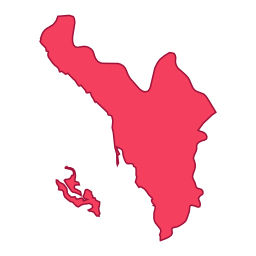 map outline of Jizan (Robinson projection)
{"feature_id": "SAU-887", "entity_name": "Jizan", "entity_type": "Region", "adm_level": 1, "iso_a3": "SAU", "parent_name": "Saudi Arabia", "parent_adm1": "", "projection": "robinson", "projection_center": [42.341, 17.347], "detail": "fine", "context": "isolated", "style": "filled", "palette": "rose", "viewbox_px": 256, "rotation_deg": 0, "n_neighbors": 0, "source": "natural_earth", "source_scale": "10m", "svg_char_len": 4171}
<svg xmlns="http://www.w3.org/2000/svg" viewBox="0 0 256 256"><path d="M200.3,204.4L200.3,204.6L199.7,206.7L198.0,207.1L193.9,205.7L191.4,205.2L190.1,205.8L189.6,207.4L189.5,209.8L189.1,212.0L186.5,219.6L185.2,221.6L183.1,223.4L178.7,226.2L177.2,226.8L173.3,227.6L172.2,228.1L171.8,229.6L172.1,231.4L172.2,233.3L171.3,235.1L168.8,237.1L165.2,238.8L160.4,240.6L160.3,240.3L160.3,236.1L159.6,235.0L160.9,231.2L160.3,229.0L155.4,222.9L154.3,220.3L153.9,218.1L154.0,213.0L155.2,208.1L155.1,206.0L153.3,205.5L154.0,204.6L152.8,203.4L151.8,201.6L151.5,200.0L152.6,199.1L152.0,198.0L149.2,195.2L148.5,194.4L147.2,192.3L144.9,189.4L144.2,188.8L141.0,186.9L140.0,186.7L138.9,187.4L135.4,182.1L136.8,177.0L136.1,175.2L136.1,169.5L135.7,167.5L134.7,166.8L133.7,166.3L133.3,164.8L132.5,163.8L130.7,163.6L128.6,163.7L127.2,163.6L125.9,162.4L124.9,160.5L123.7,157.3L123.2,155.6L122.7,151.6L122.2,150.0L121.3,149.1L116.8,147.0L117.1,149.0L117.8,150.8L119.5,154.1L117.5,155.5L118.5,163.0L117.4,165.2L116.9,162.8L116.8,154.8L116.4,152.5L115.0,148.0L113.3,132.3L112.6,129.6L112.2,127.5L112.8,121.8L112.6,119.3L111.9,116.7L111.2,115.7L110.3,115.2L109.2,115.2L108.4,114.9L107.9,114.4L107.8,113.4L107.1,112.0L96.3,101.8L95.4,101.5L95.1,102.1L94.4,101.1L93.3,98.7L91.3,95.6L90.8,93.6L90.3,92.7L89.6,92.4L87.3,92.9L86.3,92.6L85.8,91.2L85.3,90.2L81.0,85.2L80.8,85.4L80.2,85.7L79.4,86.0L78.9,86.0L77.9,84.9L74.8,80.1L73.8,79.5L67.8,73.3L65.7,74.3L61.9,71.4L59.6,71.8L58.7,68.8L56.9,66.8L54.7,65.2L52.7,63.1L48.5,57.1L47.9,55.2L48.0,53.7L48.3,52.4L48.2,51.5L46.9,51.2L46.1,50.8L46.0,50.0L46.1,49.0L45.9,48.1L41.7,43.9L40.1,41.5L41.0,39.3L40.5,38.6L42.3,33.7L43.4,31.8L45.0,29.9L46.9,28.4L53.1,24.7L54.9,22.6L56.1,20.9L57.9,16.3L69.3,15.4L73.2,16.6L74.2,18.4L74.6,20.5L74.8,22.8L72.6,36.7L72.5,39.3L72.7,42.0L73.6,45.1L75.3,46.8L77.2,47.4L83.9,46.4L86.1,46.6L88.4,47.3L91.1,49.0L92.6,50.8L93.3,52.0L94.6,56.2L95.6,58.6L97.7,61.4L99.9,62.6L102.1,63.3L117.9,63.5L120.4,64.2L123.2,65.8L125.1,68.0L126.3,70.4L127.2,72.8L128.4,75.5L130.1,78.4L139.5,89.0L141.9,90.8L144.2,91.7L146.2,91.7L148.1,91.0L149.5,89.2L150.4,87.0L154.9,68.0L157.2,63.3L158.6,61.2L160.3,59.1L164.5,55.7L169.2,52.8L170.0,52.6L173.9,53.4L175.2,55.2L175.7,57.4L175.4,62.1L176.1,64.9L177.7,67.9L185.5,74.8L188.0,77.6L189.4,80.0L192.6,87.4L194.1,89.5L196.0,91.1L203.7,94.1L205.8,96.1L207.5,98.5L215.9,112.3L212.0,115.0L203.2,123.3L198.4,129.9L198.1,130.4L203.9,132.5L205.8,134.2L206.9,136.6L206.5,138.9L204.3,140.2L202.0,140.7L199.3,142.0L197.2,143.8L196.6,146.1L196.7,148.8L196.1,151.1L194.0,155.7L193.4,158.1L193.9,159.9L194.6,161.8L195.2,164.4L195.2,166.9L194.8,169.1L193.2,173.6L192.5,176.5L192.9,178.4L195.0,182.9L196.2,187.1L197.4,188.2L201.1,189.3L202.2,190.2L202.9,191.5L203.0,193.0L202.6,194.2L201.8,194.8L200.9,195.2L200.0,196.0L198.5,198.4L198.8,199.9L199.7,201.7L200.3,204.4ZM99.7,202.0L99.6,203.6L99.4,205.7L98.7,208.2L98.9,210.2L99.8,213.6L98.8,215.9L98.9,216.1L96.6,215.9L93.8,212.2L91.5,211.3L89.3,211.1L88.2,210.1L91.1,208.8L92.7,207.3L92.1,204.9L89.5,203.4L86.9,203.8L84.0,204.1L81.9,204.7L80.0,205.8L78.4,206.9L76.4,206.1L74.1,203.7L72.5,202.1L70.2,201.5L67.5,199.4L65.1,197.3L63.9,194.9L63.3,191.3L61.5,190.0L59.8,190.0L58.6,189.6L58.8,188.9L58.7,186.4L57.2,184.3L56.3,182.1L56.4,180.0L57.9,180.4L58.5,181.3L59.7,182.4L63.6,184.3L65.7,187.0L66.8,188.7L67.2,191.5L67.1,192.8L68.9,195.1L70.7,196.7L71.3,197.2L75.0,196.7L76.2,198.8L78.2,199.0L80.2,198.3L82.0,198.1L83.2,199.5L83.2,200.8L84.4,200.8L87.4,199.4L84.6,198.8L83.1,196.2L84.3,194.1L85.1,190.8L85.7,189.7L87.2,189.5L87.8,189.8L88.6,190.1L91.4,192.0L91.5,193.9L92.8,196.3L92.6,197.6L95.1,198.0L95.8,200.2L99.7,202.0ZM72.7,192.1L71.2,190.8L69.8,188.7L67.2,185.1L65.1,181.8L64.3,180.5L65.4,179.4L67.8,179.3L69.6,178.7L70.9,177.4L71.9,175.4L73.0,175.5L73.7,173.2L72.9,170.5L71.6,169.8L70.2,169.1L68.9,169.0L66.7,168.4L65.4,168.3L65.2,167.8L65.9,166.9L66.9,166.5L67.1,167.5L70.4,167.8L73.0,168.9L74.7,171.2L74.8,171.6L75.4,174.7L75.4,176.9L74.8,179.4L75.2,181.5L78.5,182.4L79.4,184.9L75.3,185.0L74.1,186.7L74.7,188.6L77.1,189.6L78.5,190.5L80.4,191.5L81.1,194.3L81.1,195.6L78.1,193.7L74.5,192.4L72.7,192.1Z" fill="#f43f5e" stroke="#9f1239" stroke-width="1.5"/></svg>